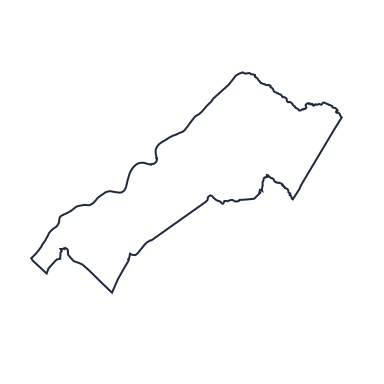 the district of Gamarra, Cesar, Colombia, rotated 44°
{"feature_id": "7082276B88005930101798", "entity_name": "Gamarra", "entity_type": "district", "adm_level": 2, "iso_a3": "COL", "parent_name": "Colombia", "parent_adm1": "Cesar", "projection": "albers", "projection_center": [-73.694, 8.322], "detail": "fine", "context": "isolated", "style": "outline", "palette": "slate", "viewbox_px": 384, "rotation_deg": 44, "n_neighbors": 0, "source": "geoboundaries", "source_scale": "gbopen_adm2", "svg_char_len": 5773}
<svg xmlns="http://www.w3.org/2000/svg" viewBox="0 0 384 384"><g transform="rotate(44 192 192)"><path d="M122.3,351.2L125.0,352.0L144.1,351.6L141.9,346.8L141.5,336.6L141.6,335.4L141.7,335.0L141.6,334.5L143.6,331.6L143.0,331.2L141.6,329.3L139.8,327.2L139.4,326.9L139.5,325.2L139.3,324.9L139.2,324.8L137.8,324.5L137.6,324.6L137.0,324.4L138.7,322.7L138.9,322.1L139.0,321.5L139.8,321.6L139.8,320.9L139.5,320.9L139.7,320.3L140.3,320.2L141.9,319.7L143.6,320.4L145.1,322.1L146.3,323.1L149.2,323.5L154.4,323.9L155.1,323.8L160.2,321.5L163.5,320.3L172.2,319.9L185.2,320.0L187.9,320.1L204.4,320.0L199.2,306.0L196.5,295.6L194.1,285.6L193.7,284.9L193.2,284.9L192.9,284.8L193.3,284.2L190.3,279.4L191.7,279.1L192.8,278.6L193.9,277.7L194.4,277.1L195.1,276.7L195.4,274.6L195.4,272.7L194.5,262.8L194.5,260.2L194.7,258.8L195.5,256.5L195.6,255.7L195.8,255.4L196.4,254.9L208.7,189.6L208.8,188.5L208.7,187.0L208.5,186.5L207.5,185.4L207.1,184.5L207.2,182.9L207.5,181.7L208.0,181.5L209.1,181.0L209.9,181.0L210.9,181.2L213.0,181.2L215.0,180.9L216.1,180.6L217.0,180.3L217.4,179.9L218.2,179.5L219.9,179.3L221.3,179.5L222.0,179.3L222.3,178.9L222.4,178.5L222.4,178.1L221.7,176.4L221.6,175.9L221.7,175.7L222.9,174.7L223.8,174.2L225.3,171.1L226.4,169.9L226.9,169.5L229.6,168.8L230.3,168.2L231.9,166.2L232.0,165.9L231.6,164.9L231.7,164.6L231.8,164.3L232.5,163.9L233.0,163.4L233.7,162.5L238.3,157.4L241.0,154.1L241.4,153.7L241.6,145.3L240.7,145.6L239.4,143.2L241.7,142.5L240.6,141.9L238.6,138.8L238.3,138.0L237.1,137.3L236.8,136.7L235.8,135.7L235.7,135.4L235.7,134.7L234.1,132.2L234.1,131.3L234.2,131.0L234.7,130.8L234.8,130.6L234.9,129.7L235.0,129.5L235.3,129.4L235.5,129.3L235.7,128.8L235.0,128.7L234.6,128.1L234.2,127.8L234.6,127.6L234.8,127.4L235.2,127.1L235.7,127.2L236.1,127.4L237.9,127.1L239.4,127.1L239.9,126.6L240.2,126.4L241.1,126.1L241.6,126.1L243.2,126.9L243.7,126.8L245.3,126.9L246.0,126.2L246.8,126.2L247.0,126.1L247.5,125.5L247.9,125.3L248.0,125.1L248.3,125.0L248.4,124.7L248.6,124.6L249.1,124.6L249.8,124.1L250.2,123.9L251.7,123.8L251.8,123.8L251.9,124.3L252.1,124.4L252.4,124.4L253.0,124.4L252.9,124.1L253.1,123.9L254.0,124.1L254.2,124.3L254.6,124.4L254.8,124.3L255.1,124.1L255.5,124.1L256.2,124.6L257.9,123.8L258.4,123.6L259.1,123.6L259.5,123.8L260.7,124.4L261.5,125.2L262.4,125.2L263.0,125.1L263.4,124.8L263.6,124.8L263.7,125.4L263.9,125.6L264.2,125.7L264.3,126.3L264.5,126.5L265.3,126.1L266.3,126.1L267.0,126.5L267.7,127.1L268.5,127.4L269.6,127.3L267.3,115.6L267.0,114.6L265.8,111.6L264.1,104.6L262.0,95.7L251.2,49.6L248.6,37.8L248.3,35.8L247.9,34.3L246.8,34.4L246.2,34.1L245.6,34.0L244.2,33.3L243.5,33.2L242.7,33.3L241.2,34.4L240.7,34.6L240.2,34.5L239.8,34.0L239.8,33.5L240.4,32.7L240.2,32.3L239.9,32.2L238.9,32.0L237.1,32.0L236.3,32.2L234.7,33.4L234.4,33.4L234.1,33.4L233.1,32.9L232.7,32.9L232.2,33.3L231.3,33.4L230.9,33.6L230.0,34.3L228.8,34.3L227.9,34.9L226.7,35.2L225.9,35.7L225.0,35.9L224.7,36.0L224.3,36.4L224.2,36.7L224.2,37.6L224.5,38.5L224.4,39.1L224.3,39.5L224.1,39.7L223.8,39.8L222.6,40.1L222.3,40.4L221.9,41.2L221.8,41.4L221.8,41.8L221.6,42.0L221.4,42.2L221.1,42.3L220.6,42.7L220.5,43.2L220.0,43.1L219.6,43.9L219.6,45.3L219.5,45.5L219.2,45.4L218.8,44.9L218.5,45.0L218.2,45.2L218.1,45.6L217.9,45.6L217.6,45.1L217.4,45.1L217.0,45.7L216.3,45.9L216.4,46.6L216.3,46.8L214.9,46.6L214.7,46.8L214.4,47.7L214.1,47.8L214.0,47.7L213.7,47.6L213.5,47.8L213.2,49.5L213.2,49.9L213.3,50.5L213.6,50.8L215.6,51.9L215.8,52.2L215.6,52.7L215.6,53.6L215.5,53.8L214.7,54.4L214.7,54.6L214.9,54.9L214.9,55.1L214.3,55.5L213.9,56.0L213.4,57.9L213.0,58.5L212.5,58.9L211.9,58.9L211.4,58.7L210.6,58.7L209.1,59.1L208.7,59.4L208.4,59.5L207.8,59.3L207.1,59.4L206.2,59.0L205.3,59.3L204.5,59.3L202.6,58.9L201.8,58.8L200.9,58.9L199.7,59.3L199.3,59.7L199.1,60.4L198.9,60.6L198.1,60.7L197.5,60.7L196.9,60.5L196.5,60.3L195.5,59.3L195.0,59.1L194.5,59.1L193.3,59.5L192.6,59.6L192.2,59.9L191.6,60.5L191.1,60.8L190.5,60.8L190.0,60.5L189.0,60.3L188.1,60.3L187.3,60.6L186.6,61.2L185.4,61.2L184.8,61.8L183.3,62.0L182.2,62.5L181.7,62.6L181.1,62.6L180.4,62.5L179.2,61.9L178.3,61.6L177.2,61.6L176.1,62.0L175.2,61.9L174.9,61.1L174.7,61.0L174.4,61.0L174.0,61.1L173.5,61.5L173.0,61.7L172.7,62.1L172.2,62.4L171.5,63.2L171.2,63.5L170.5,63.8L169.5,63.9L168.8,64.4L167.6,65.1L166.1,65.3L165.9,65.5L165.7,65.8L164.3,65.5L163.6,65.4L162.1,65.4L160.4,65.0L159.6,64.9L159.1,65.0L158.3,65.3L158.0,65.3L157.8,65.0L157.6,64.9L157.4,64.9L157.1,65.2L156.6,64.8L156.2,64.7L156.2,64.3L156.0,64.1L155.5,64.5L154.6,64.7L154.3,64.9L152.7,66.3L151.0,66.4L150.7,66.5L147.9,70.0L145.4,70.7L143.5,74.7L142.7,77.7L143.9,89.2L142.4,110.0L143.0,113.5L142.8,120.6L143.1,123.0L143.1,124.6L143.3,126.9L143.2,128.5L142.9,131.5L141.9,134.8L141.9,135.8L141.9,137.6L143.5,149.9L143.7,153.1L143.4,155.3L142.0,158.2L140.7,161.8L139.1,164.8L137.8,168.8L136.8,173.4L135.7,176.8L135.1,180.2L135.2,182.8L136.3,186.5L137.8,188.2L139.3,189.6L140.9,190.6L142.8,192.5L143.4,192.0L143.9,192.5L144.6,193.5L145.1,194.6L145.3,195.6L145.4,196.8L145.0,197.9L144.7,198.5L143.4,200.1L142.8,200.9L143.1,201.1L140.7,202.6L138.1,203.8L135.7,205.6L133.9,207.8L133.2,209.4L132.8,211.1L132.6,212.9L132.6,214.2L132.7,216.4L133.3,219.1L134.1,221.6L138.0,229.1L139.9,232.1L141.2,234.7L142.1,237.0L142.2,238.3L142.0,239.6L141.8,240.6L141.3,241.7L140.0,243.1L138.6,244.1L136.7,245.5L132.6,248.2L130.8,250.6L130.0,252.4L128.4,260.2L128.3,262.8L128.6,265.1L128.7,267.9L128.5,269.5L127.5,272.5L126.5,273.7L124.3,275.3L123.2,276.5L120.4,280.4L119.5,281.8L119.0,283.1L118.0,289.9L116.9,293.5L115.5,297.1L114.4,300.3L114.5,302.0L115.1,303.2L117.7,306.7L118.2,308.6L118.5,310.1L118.3,312.2L117.7,314.6L117.5,317.5L117.5,319.4L117.9,321.6L118.6,323.3L120.1,328.9L120.9,334.0L121.7,336.6L122.1,339.8L122.5,344.0L122.5,348.9L122.3,351.2Z" fill="none" stroke="#1e293b" stroke-width="2"/></g></svg>